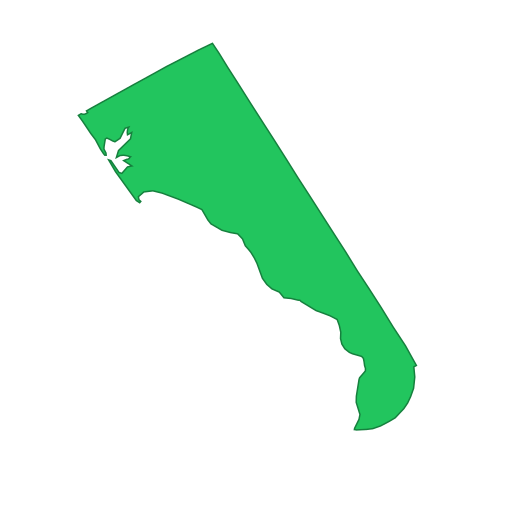 the State of Delaware, rotated 151°
{"feature_id": "USA-3555", "entity_name": "Delaware", "entity_type": "State", "adm_level": 1, "iso_a3": "USA", "parent_name": "United States of America", "parent_adm1": "", "projection": "mercator", "projection_center": [-75.371, 39.146], "detail": "fine", "context": "isolated", "style": "filled", "palette": "green", "viewbox_px": 512, "rotation_deg": 151, "n_neighbors": 0, "source": "natural_earth", "source_scale": "10m", "svg_char_len": 1993}
<svg xmlns="http://www.w3.org/2000/svg" viewBox="0 0 512 512"><g transform="rotate(151 256 256)"><path d="M339.9,465.1L338.8,464.0L337.5,463.2L335.8,462.9L333.6,463.0L333.9,465.1L328.0,465.2L315.3,465.2L297.1,465.2L278.8,465.2L260.6,465.1L242.3,465.1L223.4,464.5L205.9,464.0L191.0,463.1L190.0,450.8L189.3,434.9L188.0,414.9L186.7,391.9L185.3,370.0L183.9,348.8L182.6,327.0L181.4,304.3L179.9,282.5L178.5,260.2L177.0,237.0L175.6,216.0L174.6,193.8L173.0,172.9L171.5,149.8L170.5,127.3L168.8,105.0L168.8,82.5L169.7,82.5L171.5,82.6L171.9,82.1L175.8,73.2L182.3,63.9L189.0,58.0L194.7,53.9L200.8,50.8L205.9,49.2L212.7,47.0L219.3,46.8L229.5,47.0L237.6,48.4L243.5,50.8L249.0,53.5L252.5,55.2L253.9,56.4L254.1,56.5L253.3,57.5L245.1,63.2L241.9,67.0L239.3,79.4L236.2,84.7L225.7,98.1L224.4,99.3L216.1,102.4L214.8,104.5L214.1,107.7L212.7,111.2L211.7,114.4L212.3,117.0L219.1,123.8L221.1,126.5L223.3,131.8L223.6,137.3L222.1,142.8L218.8,148.2L216.8,154.9L215.8,161.1L220.3,167.9L224.0,172.3L229.9,179.1L238.6,194.3L239.1,196.1L240.5,196.9L246.0,201.9L251.8,205.9L253.1,213.1L258.0,219.5L260.3,225.8L261.2,233.3L258.7,249.1L258.4,255.2L258.7,261.7L259.4,265.7L260.4,270.1L259.5,277.5L261.3,284.3L267.0,288.9L273.3,295.0L279.8,305.9L280.6,310.7L280.7,316.3L280.8,322.8L284.0,327.3L296.3,343.3L307.7,356.6L314.6,363.0L323.0,366.4L330.1,364.9L331.1,362.0L330.3,359.6L331.9,359.0L333.8,362.5L338.0,397.9L338.3,411.5L336.7,409.8L335.3,395.4L333.3,393.3L325.2,396.2L320.9,394.9L325.5,403.6L322.1,403.2L320.9,402.7L319.4,402.8L319.0,403.3L318.4,403.4L317.6,403.6L320.1,406.1L323.0,408.4L326.3,409.8L330.4,409.8L325.1,414.9L309.0,419.3L304.8,424.3L309.6,424.3L308.7,426.5L307.5,428.2L306.2,429.6L304.8,430.4L308.6,431.2L317.9,424.8L324.0,424.3L325.5,426.0L327.4,429.0L329.3,431.5L331.1,431.4L335.9,425.3L337.2,423.2L337.3,418.8L338.2,416.8L339.4,417.5L339.8,419.8L340.2,425.3L340.0,435.5L341.1,443.1L341.8,451.6L342.4,458.5L343.2,465.1L340.0,465.2L339.9,465.1Z" fill="#22c55e" stroke="#15803d" stroke-width="1.5"/></g></svg>